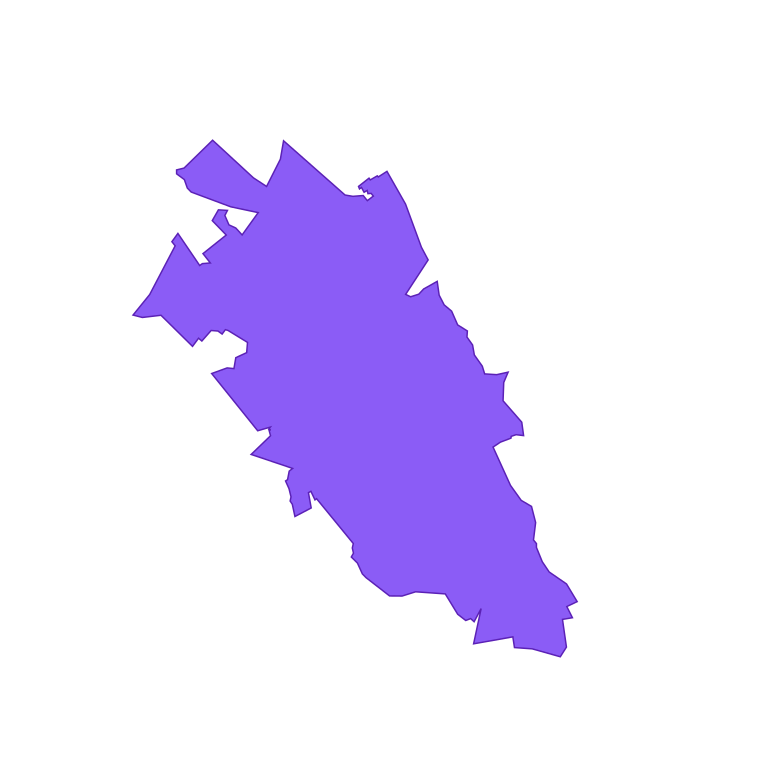 Atlacomulco, México, Mexico (Mercator projection), rotated 27°
{"feature_id": "50627088B32133726241460", "entity_name": "Atlacomulco", "entity_type": "district", "adm_level": 2, "iso_a3": "MEX", "parent_name": "Mexico", "parent_adm1": "México", "projection": "mercator", "projection_center": [-99.861, 19.816], "detail": "medium", "context": "isolated", "style": "filled", "palette": "violet", "viewbox_px": 768, "rotation_deg": 27, "n_neighbors": 0, "source": "geoboundaries", "source_scale": "gbopen_adm2", "svg_char_len": 1970}
<svg xmlns="http://www.w3.org/2000/svg" viewBox="0 0 768 768"><g transform="rotate(27 384 384)"><path d="M263.5,233.3L184.1,212.9L189.6,230.7L189.7,261.3L174.1,259.6L120.6,244.6L107.8,282.4L102.0,287.4L103.8,290.9L113.3,292.5L119.8,298.7L125.0,300.5L167.0,295.7L194.1,288.4L189.9,315.6L181.1,312.3L173.6,312.6L165.7,306.1L165.7,300.4L157.4,304.0L156.8,316.4L175.8,322.9L163.5,350.0L174.3,355.0L167.5,359.2L166.0,362.1L132.0,343.4L130.4,353.5L135.2,355.7L134.6,410.7L129.1,436.5L138.5,434.4L154.1,424.0L196.3,437.4L198.0,427.4L202.2,428.4L205.7,414.8L212.0,412.2L217.1,413.0L218.0,407.6L220.8,407.1L243.5,408.9L247.4,418.4L240.0,427.8L243.3,438.4L236.9,440.9L225.7,452.9L292.7,483.0L302.3,474.0L301.9,476.5L304.0,476.4L302.5,477.3L306.4,481.6L297.6,507.1L340.9,500.7L339.1,504.7L341.5,513.0L340.3,515.1L346.9,520.4L352.4,526.8L353.5,530.9L356.9,532.8L364.8,542.5L375.4,527.5L366.0,515.1L367.6,512.8L375.1,518.6L376.0,516.8L429.1,540.1L430.2,544.5L433.6,548.6L433.4,553.0L441.6,555.6L450.9,563.0L455.9,564.7L485.2,570.3L496.4,564.7L506.5,554.8L533.9,543.2L554.2,555.7L564.2,557.6L567.7,553.7L572.2,554.9L572.5,540.0L581.8,574.8L613.6,550.8L619.9,559.6L636.3,552.7L664.9,547.0L666.0,535.6L649.9,512.7L658.0,506.7L647.9,499.3L654.9,490.2L637.4,479.3L616.5,476.5L605.7,470.5L594.0,460.4L592.3,457.0L588.0,455.1L582.0,438.6L571.0,426.1L559.1,425.4L542.7,416.9L509.8,390.7L514.1,383.0L521.7,374.6L521.1,372.9L524.7,369.2L531.8,366.6L524.1,355.5L497.7,344.9L490.0,328.3L489.2,317.1L480.2,324.5L469.1,329.3L463.5,323.5L451.3,317.1L445.2,309.0L436.6,304.5L434.2,298.9L422.8,297.9L411.2,288.4L401.7,286.2L392.8,279.8L384.8,268.4L376.2,281.3L374.2,288.2L368.1,294.2L362.6,294.3L367.0,253.4L355.3,245.2L321.5,213.9L290.1,193.2L284.9,202.1L283.5,201.6L279.1,208.4L277.2,207.4L271.6,219.5L273.6,221.3L274.7,219.1L279.2,222.2L281.1,219.2L283.3,221.7L286.0,220.0L289.2,221.4L285.9,228.2L279.9,225.5L271.1,230.9L263.5,233.3Z" fill="#8b5cf6" stroke="#5b21b6" stroke-width="1.5"/></g></svg>